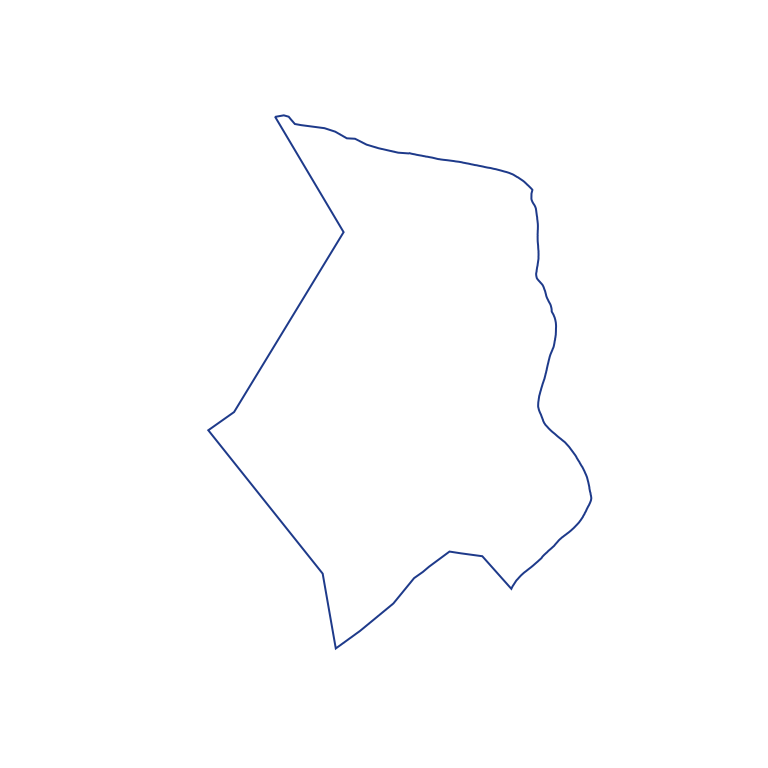 Grande Riviere/Morne Caca Cochon, Dennery, Saint Lucia, rotated 124°
{"feature_id": "8701671B52865399345725", "entity_name": "Grande Riviere/Morne Caca Cochon", "entity_type": "district", "adm_level": 2, "iso_a3": "LCA", "parent_name": "Saint Lucia", "parent_adm1": "Dennery", "projection": "albers", "projection_center": [-60.939, 13.929], "detail": "fine", "context": "isolated", "style": "outline", "palette": "blue", "viewbox_px": 768, "rotation_deg": 124, "n_neighbors": 0, "source": "geoboundaries", "source_scale": "gbopen_adm2", "svg_char_len": 6166}
<svg xmlns="http://www.w3.org/2000/svg" viewBox="0 0 768 768"><g transform="rotate(124 384 384)"><path d="M630.2,276.1L602.1,265.8L560.7,253.5L528.1,250.5L518.1,246.7L510.3,244.5L486.3,236.0L481.3,225.4L471.8,206.2L482.6,163.9L481.9,164.0L481.3,164.1L479.6,164.3L478.2,164.3L473.1,164.4L472.2,164.3L470.5,164.0L469.4,163.9L467.5,163.6L466.2,163.4L464.5,163.0L462.1,162.4L461.5,162.2L460.9,162.0L459.5,161.5L458.8,161.3L456.6,160.6L453.0,159.4L451.8,159.1L451.0,158.8L450.0,158.6L449.1,158.3L448.5,158.2L447.1,157.8L446.3,157.6L445.3,157.3L443.9,157.0L443.1,156.8L442.4,156.6L441.4,156.4L440.5,156.1L439.6,156.1L438.5,156.1L435.7,155.6L434.6,155.3L433.6,155.1L432.7,154.8L430.9,154.5L430.0,154.3L426.8,153.4L424.3,152.8L423.7,152.6L422.5,152.4L421.9,152.4L421.0,152.3L418.8,152.0L418.1,151.9L416.2,151.7L415.5,151.6L414.7,151.4L413.8,151.2L413.2,151.0L411.9,150.7L411.2,150.5L410.6,150.2L409.5,149.9L408.7,149.6L407.2,149.1L406.5,148.8L405.7,148.6L403.8,147.9L402.4,147.5L400.7,147.0L399.8,146.8L399.0,146.6L397.0,146.1L396.1,146.0L395.4,145.8L394.4,145.7L393.5,145.5L390.3,145.0L389.5,144.9L388.2,144.9L387.3,144.8L385.9,144.8L384.8,144.8L383.9,144.8L383.0,144.8L382.0,145.0L379.6,145.1L378.9,145.3L377.8,145.4L377.2,145.4L376.5,145.5L375.3,145.7L374.6,145.9L373.9,145.9L372.8,146.1L371.8,146.2L371.0,146.3L370.3,146.3L369.3,146.4L368.4,146.6L367.5,146.7L364.9,147.3L363.5,147.9L362.7,148.3L361.9,149.0L360.8,150.0L360.4,150.5L359.8,151.1L359.1,151.7L358.6,152.2L358.2,152.8L357.5,153.5L356.8,154.2L355.6,155.4L354.9,155.9L353.7,157.1L351.7,159.2L351.2,159.7L350.0,161.1L349.0,162.2L348.4,162.9L347.9,163.4L347.3,164.3L346.8,165.0L346.2,165.9L345.0,167.9L344.3,168.9L343.6,170.2L343.1,171.0L342.4,172.3L342.0,172.9L341.8,173.6L341.5,174.2L340.8,175.8L340.4,176.5L340.1,177.2L339.8,177.8L339.4,178.4L338.7,180.2L338.2,181.2L337.9,181.9L337.5,182.8L337.0,183.6L336.7,184.2L336.3,185.1L336.0,185.8L335.8,186.4L335.1,188.4L334.8,189.1L334.5,190.1L334.1,191.1L333.9,191.8L333.1,194.0L332.6,195.4L332.4,196.2L331.6,199.5L331.2,201.0L331.1,201.8L331.0,202.6L331.0,203.4L330.9,204.0L330.8,205.3L330.7,206.2L330.6,207.0L330.6,207.9L330.5,208.7L330.4,210.0L330.3,211.0L329.9,213.9L329.8,214.7L329.6,217.1L329.5,218.1L329.4,218.7L329.3,219.4L329.1,220.6L328.7,222.7L328.5,223.5L328.3,224.2L328.1,225.1L327.9,225.9L327.7,226.8L327.5,227.6L327.1,228.4L326.6,229.7L326.0,230.6L325.5,231.5L324.9,232.1L324.4,232.9L323.8,233.7L323.2,234.6L322.7,235.3L321.6,236.8L320.8,238.2L320.3,239.0L319.2,240.6L318.3,241.7L317.6,242.4L317.2,242.9L316.6,243.5L315.9,244.0L314.5,244.9L313.8,245.3L313.0,245.8L311.3,246.6L310.1,247.2L309.5,247.5L308.8,247.8L308.2,248.1L307.6,248.4L306.9,248.7L305.9,249.0L305.1,249.3L304.2,249.6L303.4,249.9L302.8,250.1L301.8,250.4L301.1,250.6L300.1,251.0L296.8,252.0L296.2,252.2L295.3,252.5L293.0,253.1L291.6,253.5L290.5,253.8L289.8,253.9L289.3,254.2L288.3,254.5L287.5,254.8L286.4,255.2L285.8,255.4L285.2,255.7L284.4,255.9L283.8,256.1L282.4,256.7L281.4,257.0L280.4,257.5L278.8,258.1L277.3,258.7L275.7,259.3L274.8,259.6L273.3,260.2L271.7,260.8L270.8,261.1L268.9,261.8L268.3,262.0L267.5,262.2L266.6,262.5L266.0,262.6L265.1,262.8L263.5,263.1L261.0,263.6L260.4,263.8L259.4,263.9L258.6,264.1L258.0,264.3L257.2,264.6L256.0,265.1L254.8,265.6L252.7,266.6L251.7,266.9L250.5,267.6L249.9,267.8L249.2,268.1L248.7,268.4L247.4,269.0L246.8,269.3L245.9,269.9L245.2,270.3L244.4,270.8L243.6,271.3L242.4,272.1L241.6,272.6L240.4,273.3L239.7,273.8L239.0,274.3L238.5,274.7L237.0,275.9L236.5,276.4L235.1,277.8L234.5,278.5L233.4,279.8L232.9,280.6L232.3,281.5L231.8,282.2L231.1,283.6L230.6,284.6L230.2,285.4L229.3,286.1L228.6,286.6L227.9,287.2L227.2,287.9L226.5,288.7L225.6,289.7L224.8,290.9L224.5,291.5L223.7,293.1L223.3,293.9L222.7,294.8L221.9,296.3L221.4,297.1L221.0,297.7L220.5,298.4L219.8,299.2L219.1,299.9L218.7,300.4L217.8,301.4L216.9,302.4L216.3,303.3L215.3,304.7L214.8,305.3L214.0,306.5L213.2,308.0L212.6,310.1L212.5,310.8L212.2,311.7L212.0,312.6L211.8,313.5L211.5,314.5L211.3,315.2L211.1,315.8L210.7,316.6L209.3,318.1L208.5,318.8L207.6,319.5L206.7,319.9L205.8,320.3L205.0,320.6L204.3,321.1L203.5,321.4L202.1,322.1L200.6,322.7L199.8,323.0L198.9,323.5L194.7,325.5L194.1,325.8L193.2,326.3L192.3,327.0L191.1,327.7L189.6,328.7L188.4,329.6L187.7,330.0L187.2,330.4L186.4,331.1L184.1,332.9L183.6,333.2L182.4,334.2L180.1,336.1L179.4,336.6L178.9,337.0L176.7,338.5L175.9,339.1L175.1,339.5L174.4,340.1L172.6,341.2L170.4,342.6L169.8,342.9L168.9,343.5L167.5,344.4L166.9,344.8L166.2,345.3L165.0,346.2L164.2,346.9L163.7,347.3L162.9,348.0L162.4,348.4L161.8,349.0L161.3,349.4L160.1,350.3L159.1,351.3L158.2,352.1L157.3,352.9L155.6,354.4L154.9,355.0L154.2,355.7L153.6,356.2L153.1,356.9L152.5,357.7L152.2,358.2L151.7,359.1L151.3,360.0L151.0,360.8L150.3,362.3L149.8,363.1L149.3,363.9L148.7,364.7L148.0,365.4L143.7,368.2L140.1,369.5L139.8,370.4L139.4,372.2L138.8,375.4L138.6,377.0L138.4,377.8L138.1,379.8L137.9,380.7L137.9,381.4L137.8,382.3L137.8,383.7L137.8,388.8L138.0,389.7L138.0,391.6L138.1,392.2L138.1,393.3L138.2,394.3L138.4,395.4L138.8,397.1L138.9,397.8L139.1,398.6L139.4,399.6L139.8,401.0L140.5,402.9L141.6,406.3L142.8,409.7L143.0,410.3L143.3,411.2L143.6,411.9L143.9,412.6L144.3,413.5L145.2,416.0L145.6,417.0L146.0,417.7L146.3,418.4L146.7,419.2L147.8,421.9L148.3,423.3L149.0,425.0L149.3,425.7L150.0,427.3L150.8,429.4L151.8,431.4L152.0,432.0L152.6,433.5L153.1,434.6L153.4,435.5L154.0,437.0L154.3,437.7L155.2,439.7L155.5,440.5L156.2,442.0L156.5,442.9L156.7,443.5L157.1,444.4L157.8,446.0L159.5,449.3L160.0,450.5L160.3,451.1L160.6,451.7L161.4,453.3L162.7,455.9L163.0,456.5L164.1,458.6L164.7,459.7L165.0,460.3L165.9,462.1L166.3,462.9L166.5,463.5L167.0,464.4L167.4,465.3L167.7,466.1L168.5,468.3L169.1,469.9L169.4,470.7L170.3,472.7L170.6,473.4L171.3,475.1L172.1,476.6L172.4,477.6L172.7,478.1L173.7,480.6L174.9,483.2L175.4,484.4L175.7,485.0L176.2,486.4L176.5,487.2L176.8,487.8L177.8,490.2L178.4,492.0L179.0,492.4L184.3,501.6L191.6,520.4L195.3,532.3L196.9,545.2L201.1,552.2L202.1,565.6L205.2,576.4L215.7,597.4L218.3,603.3L216.7,609.2L215.7,612.5L217.3,617.3L223.0,623.2L223.6,623.2L280.7,502.4L491.1,492.6L520.6,503.8L575.5,328.8L630.2,276.1Z" fill="none" stroke="#1e3a8a" stroke-width="2"/></g></svg>